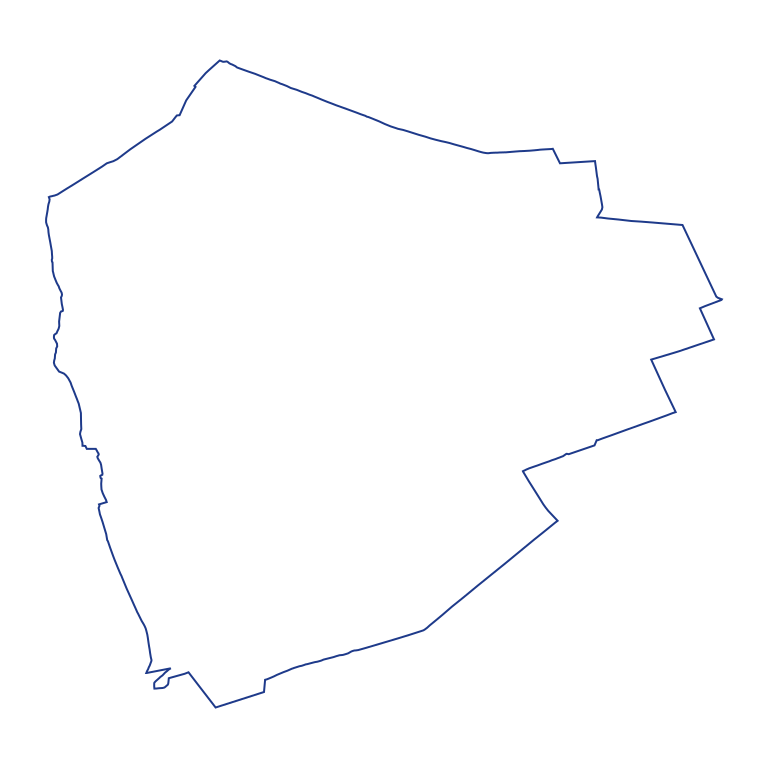 outline of Valea Seaca, Iasi, Romania
{"feature_id": "2599482B61041984506388", "entity_name": "Valea Seaca", "entity_type": "district", "adm_level": 2, "iso_a3": "ROU", "parent_name": "Romania", "parent_adm1": "Iasi", "projection": "natural_earth1", "projection_center": [26.653, 47.286], "detail": "fine", "context": "isolated", "style": "outline", "palette": "blue", "viewbox_px": 768, "rotation_deg": 0, "n_neighbors": 0, "source": "geoboundaries", "source_scale": "gbopen_adm2", "svg_char_len": 5860}
<svg xmlns="http://www.w3.org/2000/svg" viewBox="0 0 768 768"><path d="M154.4,688.6L155.0,688.6L155.5,688.5L156.6,688.5L158.2,688.3L159.3,688.2L162.6,688.0L164.5,687.5L165.0,687.1L165.5,686.7L167.8,684.7L168.2,683.7L168.3,683.1L168.5,681.3L168.6,680.4L168.8,678.2L184.6,673.8L188.5,672.3L197.8,684.4L215.6,707.5L264.0,692.0L265.1,679.8L266.7,679.4L269.2,678.4L271.6,677.4L274.1,676.3L276.9,674.9L280.0,673.6L283.6,672.1L287.4,670.7L291.9,668.7L292.9,668.4L293.9,668.0L297.7,666.8L299.6,666.2L301.7,665.8L303.8,665.1L305.7,664.4L307.4,664.1L309.6,663.5L313.4,662.5L315.0,662.1L317.4,661.7L319.9,661.0L321.5,660.5L323.5,659.6L326.3,658.9L329.5,658.1L333.5,657.1L336.5,656.1L338.0,655.7L339.3,655.3L339.9,655.2L341.2,655.1L343.0,654.9L345.1,654.3L346.7,653.8L348.2,653.3L349.9,652.3L351.1,651.6L352.3,651.1L353.6,650.7L354.4,650.5L356.0,650.4L357.2,650.2L358.1,650.1L365.9,647.9L383.1,642.8L399.2,638.0L409.3,634.9L420.5,631.3L423.5,630.3L424.8,629.5L427.2,627.7L429.7,625.4L435.3,620.8L442.4,614.9L452.0,606.6L463.7,597.2L478.0,585.4L505.6,563.1L534.5,539.3L542.9,532.6L553.0,524.4L555.2,522.6L557.6,520.8L548.2,510.8L545.6,507.5L543.3,504.3L538.7,496.9L528.8,481.2L523.0,471.5L522.9,471.2L523.7,470.8L525.1,470.2L526.4,469.5L527.9,468.9L529.2,468.3L530.4,467.9L532.1,467.3L534.7,466.4L537.4,465.5L542.0,463.8L546.9,462.1L549.0,461.4L552.0,460.2L555.4,459.1L557.9,458.1L559.6,457.5L561.3,456.8L563.0,456.2L565.0,454.8L566.0,454.1L566.7,453.8L567.9,454.0L568.7,454.2L594.5,445.4L596.7,440.2L597.8,440.2L602.3,438.5L611.9,435.1L627.3,429.5L643.0,423.9L649.3,421.7L660.0,417.8L666.9,415.3L672.6,413.1L675.7,412.1L665.0,389.8L651.2,359.6L673.0,353.1L678.9,351.3L714.0,339.4L699.9,308.3L704.9,306.2L721.5,299.9L721.9,299.3L717.9,297.8L716.3,296.6L705.2,273.1L693.0,247.2L682.5,225.0L652.4,222.5L640.8,221.6L631.3,221.0L618.3,219.5L607.9,218.5L601.0,217.6L597.1,217.4L597.6,216.4L600.0,212.6L601.9,209.5L602.4,207.2L602.0,204.5L600.5,196.1L599.8,192.8L599.4,190.7L599.1,189.4L598.6,189.4L598.6,189.0L597.9,181.9L597.6,178.8L597.0,176.1L596.6,173.0L595.9,167.5L595.4,164.1L595.0,161.1L560.0,163.3L552.8,148.8L551.6,149.0L542.7,149.5L539.8,149.7L538.4,149.9L534.4,150.3L529.7,150.7L524.4,151.0L519.6,151.2L514.5,151.6L511.0,151.9L506.2,152.3L502.8,152.4L499.5,152.5L496.8,152.7L494.8,152.7L492.2,152.8L490.7,152.9L488.5,153.2L487.6,153.2L486.4,153.1L485.0,152.9L483.2,152.6L481.2,152.1L478.7,151.4L475.2,150.3L470.9,149.0L467.0,148.0L463.3,146.9L454.2,144.4L449.5,143.0L446.6,142.3L444.4,141.8L441.5,141.2L435.8,139.8L430.6,138.4L425.4,136.7L418.7,134.8L408.0,131.4L405.0,130.5L403.0,129.9L400.2,129.3L397.9,128.8L396.2,128.2L390.7,126.4L384.8,124.0L379.2,121.4L370.1,117.7L368.3,117.0L366.9,116.7L365.3,115.8L360.6,114.2L357.8,113.1L356.2,112.5L347.2,109.2L336.0,105.2L332.2,103.7L327.4,101.9L321.7,99.6L317.2,97.7L314.5,96.6L312.2,95.6L309.5,94.7L305.5,93.1L301.9,91.9L296.7,89.8L293.4,88.8L290.8,88.0L289.4,87.3L287.0,86.1L282.2,84.2L280.3,83.6L278.9,82.9L277.0,82.1L275.0,81.2L270.1,79.7L267.4,78.7L265.9,78.2L263.6,77.2L260.8,76.1L256.5,74.4L255.3,73.9L248.8,71.7L242.9,69.6L237.1,67.5L236.3,66.9L235.5,66.2L234.1,65.5L232.1,64.5L230.7,64.0L229.4,63.3L227.7,61.9L226.7,61.4L225.4,61.6L223.8,61.8L222.7,61.7L221.3,61.1L219.7,60.5L209.5,69.6L205.7,73.1L194.4,85.9L195.5,86.9L186.2,100.4L182.1,109.6L179.6,115.2L178.2,115.3L176.8,115.5L175.5,117.1L172.1,121.5L159.7,129.8L156.7,131.6L145.5,138.8L130.3,149.3L117.2,159.2L113.3,161.2L110.1,162.2L106.8,163.3L102.2,166.5L90.3,174.0L82.9,178.6L73.2,184.7L67.8,188.0L63.8,190.5L57.5,194.5L54.4,195.6L53.3,195.8L52.3,196.1L51.3,196.3L49.9,196.6L48.9,197.1L49.0,197.3L49.0,197.5L49.6,199.3L49.3,201.6L48.6,203.8L48.5,204.1L48.0,206.8L47.8,208.5L47.7,209.5L47.2,212.5L47.1,213.0L46.5,216.5L46.2,218.1L46.1,219.7L46.1,221.3L46.1,222.3L46.8,224.8L47.4,226.3L47.9,227.4L48.3,229.6L48.4,231.1L48.5,232.4L48.9,235.2L49.6,238.9L50.2,242.0L51.0,246.6L51.3,248.3L51.8,251.0L52.0,254.5L52.2,256.9L52.2,258.5L51.8,259.8L51.9,261.0L52.1,261.9L52.5,262.3L52.6,264.8L52.8,271.1L53.2,272.5L53.5,273.9L54.1,276.4L55.5,279.9L56.7,282.8L58.0,285.2L58.7,286.3L59.4,288.4L60.6,290.8L61.6,292.6L62.0,294.5L61.8,295.8L61.0,297.5L61.4,300.6L61.8,304.0L62.5,307.3L63.0,310.0L62.7,311.0L61.0,311.5L60.1,313.0L60.0,314.1L59.1,321.5L59.3,326.0L58.6,328.8L57.4,331.2L56.5,333.3L55.3,334.0L54.1,335.1L53.9,337.1L54.1,338.6L55.1,340.0L57.0,343.7L57.2,346.4L56.2,348.4L55.9,352.5L55.1,354.4L54.8,358.5L54.2,360.5L53.9,362.8L54.7,365.5L57.3,369.1L59.1,371.6L61.9,372.7L64.0,373.6L66.0,375.4L68.2,378.2L70.6,382.6L71.6,385.6L74.2,392.0L76.0,396.7L76.9,398.9L77.7,401.1L78.7,403.6L80.9,413.0L81.1,424.3L81.3,429.1L80.4,431.8L80.0,434.1L81.4,439.2L82.4,442.6L82.5,445.8L83.5,445.8L85.4,446.0L86.8,448.9L95.8,448.9L96.8,450.6L98.1,453.0L98.5,453.4L98.7,454.6L97.3,456.8L97.8,458.3L99.0,460.4L100.4,462.6L101.1,464.9L101.7,468.9L102.5,473.6L102.4,474.2L102.3,474.8L101.1,475.3L100.7,475.6L100.3,475.8L100.3,476.6L100.6,477.8L100.8,478.2L101.6,478.6L101.2,483.7L101.3,486.4L101.5,489.5L102.7,493.1L104.3,496.6L106.0,499.9L106.7,502.1L99.0,504.4L99.5,505.8L98.6,508.0L99.3,511.1L99.6,512.6L99.9,514.2L100.2,515.1L100.5,515.9L101.0,517.3L102.6,522.1L104.3,527.8L106.2,534.1L107.2,540.1L107.9,541.2L110.2,547.9L113.1,555.9L114.5,559.6L117.8,567.7L120.4,573.8L121.5,576.0L122.2,577.8L126.7,588.7L131.6,599.5L134.0,604.9L135.5,608.2L137.3,612.3L138.0,613.5L141.6,620.8L143.7,624.3L144.7,626.2L145.7,628.5L146.4,631.0L147.3,634.6L147.8,637.6L148.5,642.6L149.1,646.5L149.6,649.3L150.1,653.0L150.8,657.2L151.5,660.1L151.3,661.3L150.9,662.3L150.4,663.7L149.7,665.6L148.8,667.3L148.1,669.2L147.2,670.8L146.7,672.0L146.3,673.0L146.6,673.0L170.8,668.3L168.8,669.5L167.0,671.1L165.1,672.6L162.5,675.4L160.3,677.0L159.1,678.2L157.4,679.7L155.7,681.2L154.4,682.6L154.2,683.6L154.2,683.8L154.2,686.0L154.2,686.3L154.4,688.6Z" fill="none" stroke="#1e3a8a" stroke-width="2"/></svg>